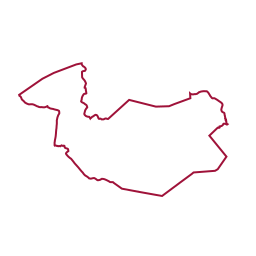 Pespire, Choluteca, Honduras (Albers equal-area conic projection), rotated 346°
{"feature_id": "27666195B26352137717049", "entity_name": "Pespire", "entity_type": "district", "adm_level": 2, "iso_a3": "HND", "parent_name": "Honduras", "parent_adm1": "Choluteca", "projection": "albers", "projection_center": [-87.341, 13.59], "detail": "fine", "context": "isolated", "style": "outline", "palette": "rose", "viewbox_px": 256, "rotation_deg": 346, "n_neighbors": 0, "source": "geoboundaries", "source_scale": "gbopen_adm2", "svg_char_len": 5318}
<svg xmlns="http://www.w3.org/2000/svg" viewBox="0 0 256 256"><g transform="rotate(346 128 128)"><path d="M202.1,190.6L205.1,189.7L216.6,179.6L205.1,155.1L215.1,149.4L215.5,149.6L216.2,149.8L216.5,149.8L216.8,149.8L217.0,149.7L217.0,149.2L216.9,148.9L217.0,148.7L217.5,148.6L218.9,148.7L219.3,148.7L219.5,148.6L220.2,148.3L220.9,147.9L221.1,147.7L221.4,147.2L221.6,147.1L221.8,147.0L222.0,147.0L223.5,147.5L224.3,148.2L224.8,148.6L225.0,148.6L225.3,148.5L225.5,148.4L225.3,148.2L225.1,148.0L224.9,147.8L224.7,147.5L224.9,145.6L225.0,145.1L225.0,144.9L225.0,144.7L224.9,144.6L224.7,144.6L224.6,144.2L224.7,143.9L224.9,143.8L225.1,143.7L225.2,143.3L225.1,143.2L224.9,143.0L224.6,142.7L224.5,142.3L224.8,141.8L224.9,141.5L224.9,141.1L224.8,140.7L225.0,139.6L224.9,139.2L225.0,137.8L225.1,137.4L225.1,137.0L225.0,136.8L224.9,136.5L223.6,135.4L223.2,134.9L223.1,134.6L223.0,134.3L223.0,133.8L222.9,133.4L223.0,132.9L223.0,132.6L223.9,130.9L224.7,129.7L225.0,129.2L225.2,128.9L225.3,128.4L225.4,128.0L225.3,127.6L225.3,127.2L225.0,126.7L224.8,126.2L223.7,124.9L222.5,123.6L221.6,122.5L219.6,120.5L219.1,120.1L218.7,119.9L217.3,119.7L217.1,119.6L216.9,119.4L216.6,119.0L216.2,118.1L215.8,117.3L215.5,116.6L215.3,115.7L215.0,114.9L214.7,113.8L214.3,112.9L214.1,112.5L213.7,111.9L213.5,111.7L213.3,111.4L213.0,111.3L212.6,111.2L209.8,110.5L208.9,110.4L207.7,110.3L206.6,110.4L205.4,110.5L205.1,110.8L204.7,110.9L203.8,111.3L203.3,111.5L202.9,111.5L201.8,111.5L201.1,111.3L200.6,111.2L199.8,111.2L199.2,111.1L198.2,110.8L197.8,110.6L197.3,110.3L196.8,109.8L196.6,109.5L195.7,114.2L178.8,116.0L173.1,116.8L160.2,114.0L135.9,101.0L110.9,114.4L110.5,114.3L110.2,114.2L109.1,113.5L108.8,113.4L108.6,113.4L108.2,113.3L107.8,113.4L106.9,113.6L106.4,113.7L105.7,113.5L104.9,113.4L104.4,113.2L103.9,112.5L103.4,112.2L103.2,112.1L102.8,112.1L102.4,112.2L102.2,112.2L101.9,111.9L101.7,111.5L101.6,110.6L101.4,109.3L101.1,108.5L100.9,108.1L100.6,107.8L100.2,107.6L99.8,107.4L99.6,107.4L99.4,107.4L99.0,107.5L98.6,107.6L98.1,107.8L97.7,108.0L97.0,108.3L96.5,108.3L96.0,108.5L95.7,108.6L94.6,109.3L94.0,109.4L93.9,109.4L93.7,109.6L93.4,108.5L93.2,108.1L93.1,107.8L92.9,107.7L92.7,107.7L91.3,107.1L90.2,106.3L89.9,106.0L89.5,105.3L89.2,104.9L89.1,104.5L89.0,104.0L89.0,103.7L90.5,100.9L90.8,100.4L91.3,99.9L92.4,98.8L93.0,98.5L93.4,98.1L93.5,98.0L93.5,97.9L93.4,96.5L93.3,96.0L93.0,95.4L92.7,95.1L92.0,94.4L91.6,93.7L91.2,93.3L91.0,93.1L90.4,92.6L89.3,91.6L89.2,91.4L89.1,91.2L89.0,90.8L89.1,90.7L89.3,90.2L89.9,89.3L90.2,88.4L90.5,87.7L90.8,87.1L91.2,86.6L91.6,86.1L92.2,85.4L92.7,85.0L93.1,84.6L93.5,84.4L93.8,84.3L94.2,84.3L95.4,84.5L95.6,84.4L95.8,84.3L96.0,84.2L96.2,82.2L96.2,81.3L96.4,80.5L96.4,79.7L96.5,79.2L96.4,79.1L96.3,78.9L96.0,78.5L95.8,78.3L95.7,78.3L95.7,78.2L95.9,77.7L97.5,75.4L98.0,74.6L98.0,74.4L97.9,73.7L97.7,72.5L97.5,71.8L97.3,71.2L96.6,69.8L96.1,68.9L96.0,68.4L95.8,67.9L95.8,67.5L95.9,67.0L96.0,66.6L96.3,65.2L96.7,63.3L96.9,62.5L97.0,62.3L97.2,62.2L97.5,62.1L98.0,62.0L98.5,62.0L99.5,62.1L100.1,62.1L100.3,61.9L100.9,61.3L101.2,60.9L101.3,60.7L101.3,60.3L101.2,59.7L101.0,59.2L100.3,58.1L99.8,57.6L99.4,57.3L98.7,55.8L98.5,55.0L98.7,54.0L93.2,53.8L69.4,56.6L56.9,59.5L30.4,69.5L30.5,70.6L30.9,70.9L31.1,71.2L31.4,71.6L31.5,71.9L31.7,72.8L31.9,74.5L32.0,74.7L32.1,74.9L33.2,76.5L33.7,77.3L34.0,78.0L34.3,78.5L34.6,78.8L35.0,79.1L35.3,79.5L37.2,80.9L37.7,81.1L40.6,81.7L41.1,81.9L41.5,82.1L42.6,82.8L45.3,85.1L46.1,85.5L46.6,86.0L47.2,86.3L48.0,86.6L48.8,86.7L51.3,87.6L51.9,87.7L52.5,87.7L53.3,87.7L54.3,87.5L54.9,87.3L55.1,87.3L55.3,88.2L55.4,88.6L55.6,88.8L56.4,89.3L56.6,89.6L56.9,89.9L57.5,90.3L58.3,90.7L59.2,91.1L60.1,91.5L61.0,92.1L63.9,93.6L64.8,94.3L65.1,94.6L65.2,94.9L65.2,95.3L65.0,96.7L64.8,97.3L64.7,97.4L63.4,98.7L63.0,99.3L62.8,99.6L62.6,100.0L62.3,100.3L62.1,100.6L61.7,101.5L61.0,102.9L60.7,103.6L60.5,104.6L60.3,105.4L60.1,106.1L60.0,106.6L59.3,108.5L58.5,111.0L58.1,111.9L57.1,114.8L56.7,116.1L55.8,118.6L55.1,120.2L54.0,122.5L53.7,123.4L53.3,124.2L52.8,126.2L52.6,126.8L52.6,127.0L52.7,127.4L53.0,127.4L53.4,127.4L53.7,127.5L54.0,127.7L54.2,127.9L54.3,128.0L54.7,128.2L55.2,128.3L55.8,128.8L56.5,128.8L56.8,128.8L57.7,129.2L57.8,129.3L58.0,129.2L58.3,129.1L58.6,129.0L59.1,128.9L59.3,128.8L59.6,129.0L59.9,129.4L60.9,129.6L61.5,129.6L61.9,129.9L62.0,130.1L61.9,130.5L61.8,130.8L61.9,131.1L62.1,131.5L62.1,131.9L62.2,132.1L62.3,132.2L63.2,132.8L64.1,133.3L64.4,133.6L64.6,133.8L64.7,134.1L64.7,134.3L64.6,135.6L64.5,135.8L64.5,136.0L64.3,136.1L63.2,136.5L62.2,137.1L61.9,137.4L61.7,137.7L61.6,137.9L61.7,138.3L61.9,138.9L62.7,140.5L63.1,141.2L63.5,141.8L64.6,143.3L65.1,143.8L65.4,144.2L66.6,146.8L67.0,147.7L67.3,148.4L67.7,149.4L70.2,154.1L71.0,155.8L71.7,157.3L72.2,158.3L72.6,159.1L73.2,160.1L73.7,161.3L74.0,162.1L74.3,162.6L74.9,163.6L76.5,165.2L77.7,166.7L77.8,166.9L77.9,167.2L78.0,167.4L79.2,168.0L79.5,168.1L80.0,168.2L81.9,168.2L82.6,168.3L83.1,168.4L83.3,168.6L83.6,168.8L84.3,169.5L85.6,171.1L85.9,171.3L86.3,171.4L86.9,171.5L88.0,171.5L88.6,171.5L89.0,171.4L89.7,171.1L90.2,171.1L90.4,171.0L91.0,171.2L91.8,171.5L92.4,171.8L93.2,172.3L94.5,173.3L96.5,175.0L97.1,175.7L97.4,176.0L97.7,176.2L100.0,176.8L100.5,177.1L100.7,177.4L100.8,177.7L107.4,185.4L124.7,193.3L144.6,202.2L165.9,193.3L178.8,188.0L180.8,187.0L202.1,190.6Z" fill="none" stroke="#9f1239" stroke-width="2"/></g></svg>